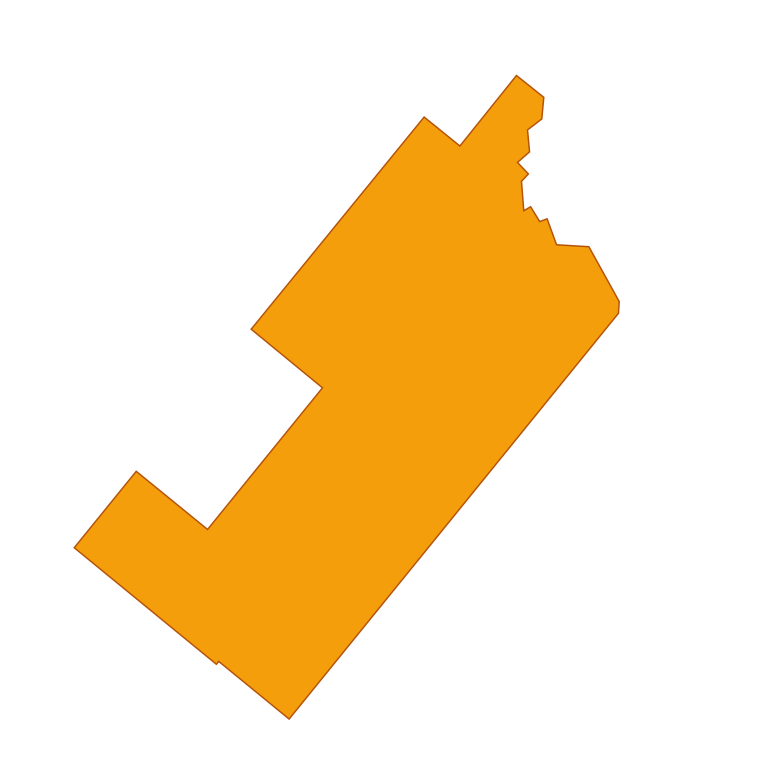 the district of Sibley, Minnesota, United States of America, rotated 309°
{"feature_id": "52423323B33552570255615", "entity_name": "Sibley", "entity_type": "district", "adm_level": 2, "iso_a3": "USA", "parent_name": "United States of America", "parent_adm1": "Minnesota", "projection": "albers", "projection_center": [-94.075, 44.587], "detail": "fine", "context": "isolated", "style": "filled", "palette": "amber", "viewbox_px": 768, "rotation_deg": 309, "n_neighbors": 0, "source": "geoboundaries", "source_scale": "gbopen_adm2", "svg_char_len": 503}
<svg xmlns="http://www.w3.org/2000/svg" viewBox="0 0 768 768"><g transform="rotate(309 384 384)"><path d="M160.2,246.4L61.8,246.3L60.7,430.1L64.4,430.1L63.9,521.1L586.5,521.7L596.1,514.9L619.6,456.8L600.8,430.5L615.0,406.8L608.2,402.8L614.0,386.4L606.6,383.6L628.0,363.3L638.1,364.0L640.2,348.3L656.0,351.0L671.8,335.6L689.3,339.8L707.3,327.8L707.1,292.8L616.7,293.2L616.7,247.2L525.4,246.9L343.0,246.3L342.3,338.6L159.9,338.4L160.2,246.4Z" fill="#f59e0b" stroke="#b45309" stroke-width="1.5"/></g></svg>